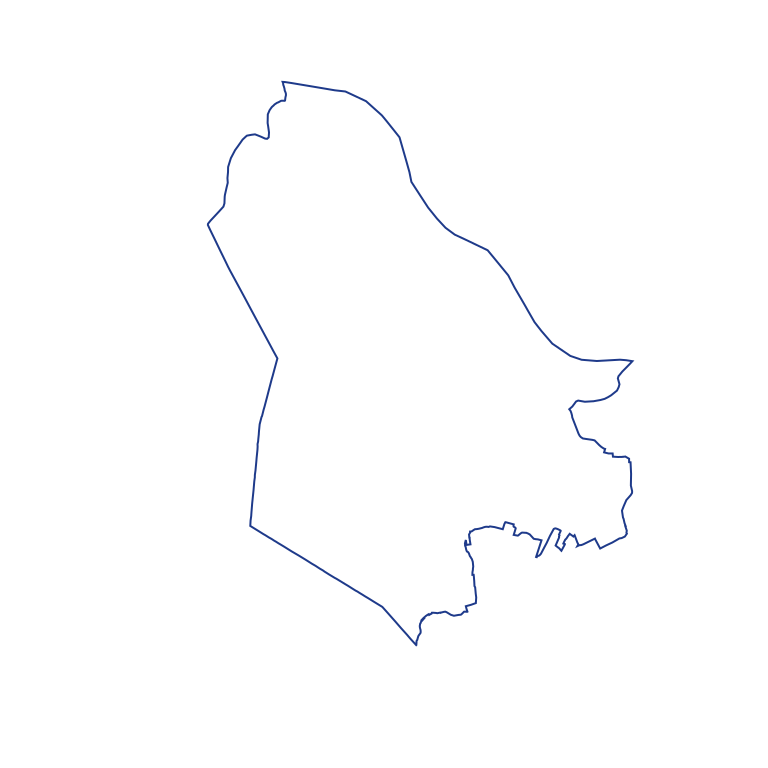 the district of Ostrov, Constanta, Romania, rotated 43°
{"feature_id": "2599482B6584350262118", "entity_name": "Ostrov", "entity_type": "district", "adm_level": 2, "iso_a3": "ROU", "parent_name": "Romania", "parent_adm1": "Constanta", "projection": "orthographic", "projection_center": [27.443, 44.076], "detail": "fine", "context": "isolated", "style": "outline", "palette": "blue", "viewbox_px": 768, "rotation_deg": 43, "n_neighbors": 0, "source": "geoboundaries", "source_scale": "gbopen_adm2", "svg_char_len": 5997}
<svg xmlns="http://www.w3.org/2000/svg" viewBox="0 0 768 768"><g transform="rotate(43 384 384)"><path d="M110.9,227.1L105.5,230.8L103.8,232.2L105.2,232.9L106.3,233.9L107.7,234.6L109.7,235.8L111.3,237.1L112.9,237.8L114.0,238.4L114.8,239.1L115.5,239.9L116.3,241.4L118.1,243.9L118.3,244.2L118.2,244.6L115.8,246.8L115.6,247.1L114.6,250.1L114.0,251.3L113.3,254.2L113.3,255.7L113.1,257.4L113.1,258.3L113.6,261.8L115.1,266.0L120.9,272.5L123.6,274.6L128.4,278.5L131.5,282.3L131.3,284.4L129.7,285.6L125.5,287.0L122.6,288.1L119.4,289.4L117.3,291.9L114.4,295.8L114.2,297.2L113.9,301.7L115.0,309.6L115.6,314.5L118.0,323.3L122.0,331.6L125.4,335.4L129.1,340.2L132.5,343.4L134.5,347.0L138.7,354.2L139.7,355.6L144.1,360.7L145.6,363.8L145.6,364.1L145.7,371.1L145.7,375.6L145.7,382.6L145.8,384.3L146.0,386.8L146.7,387.8L151.9,389.9L161.3,393.5L167.7,396.0L173.9,398.4L176.0,399.2L178.1,400.0L184.1,402.3L190.0,404.6L194.5,406.2L213.9,412.7L226.0,416.8L235.9,420.2L245.9,423.6L253.3,426.1L263.6,429.6L272.2,432.5L280.7,435.4L288.6,438.0L290.7,442.0L294.6,449.4L297.1,454.1L298.6,457.1L304.0,467.1L307.1,472.8L312.1,482.1L313.5,484.9L316.7,490.7L316.9,491.6L320.5,498.2L324.7,503.7L326.4,505.8L326.6,506.0L329.4,509.7L331.2,512.0L332.5,514.2L334.3,516.0L336.3,518.4L338.8,521.7L341.3,525.0L343.2,527.4L349.0,534.9L351.6,538.6L353.3,540.5L355.4,543.5L360.9,550.5L369.0,561.2L374.7,568.4L376.9,571.1L379.5,574.8L383.0,579.0L393.1,577.0L398.3,576.0L400.4,575.5L404.6,574.7L407.0,574.1L408.5,573.8L410.4,573.5L412.5,573.0L415.3,572.5L418.0,571.9L421.8,571.1L430.6,569.4L438.6,567.6L445.9,566.1L448.5,565.6L453.9,564.6L457.8,563.7L463.0,562.8L466.0,562.1L467.1,561.9L468.3,561.8L470.3,561.4L471.9,561.1L473.5,560.8L480.2,559.4L482.0,558.9L485.4,558.2L491.8,556.9L495.5,556.1L498.7,555.5L501.4,555.0L504.0,554.5L506.2,553.9L508.5,553.5L511.8,552.8L515.0,552.2L518.2,551.5L521.2,550.9L525.3,550.1L534.6,548.2L535.3,548.2L544.0,549.0L546.0,549.2L552.3,549.8L554.4,550.0L562.8,550.9L572.0,551.7L574.5,552.0L577.1,552.3L585.6,553.0L585.6,552.7L585.3,552.5L584.5,551.4L583.7,550.5L583.1,549.8L582.9,549.2L582.9,548.6L582.5,547.8L582.0,546.9L581.2,545.3L580.9,544.5L580.7,542.7L580.5,541.2L580.2,540.7L579.4,539.8L578.4,538.9L577.5,538.4L576.2,537.5L575.2,536.6L574.5,535.5L573.9,534.6L573.8,533.7L573.6,533.5L573.3,532.8L573.2,529.2L572.5,530.0L572.5,528.5L572.5,527.9L572.7,526.7L572.8,525.2L573.3,523.0L573.7,521.8L574.5,522.1L574.6,521.7L575.4,519.4L575.0,518.7L575.9,517.8L578.4,515.8L579.2,515.4L580.7,513.3L581.3,512.5L581.5,512.6L581.8,512.0L583.2,509.8L584.1,508.7L585.4,508.2L590.3,507.2L593.2,505.8L595.3,503.0L595.8,502.3L597.3,500.6L597.7,499.9L597.7,499.5L597.8,497.4L597.8,496.0L598.4,495.3L600.2,493.9L600.3,493.6L597.7,492.2L595.4,490.7L598.2,486.2L600.6,481.6L597.0,477.2L594.1,474.8L589.3,470.5L588.0,470.1L584.5,466.7L581.0,463.5L579.7,462.4L578.8,463.3L577.4,461.7L576.9,461.1L575.9,459.5L574.9,458.3L574.0,457.0L573.7,456.6L571.1,454.3L570.2,453.5L568.0,452.3L567.3,452.0L566.2,451.8L565.5,451.5L564.6,451.4L564.0,451.2L562.1,450.2L561.1,449.8L560.3,449.6L559.7,449.7L559.2,449.9L558.9,449.9L558.5,449.8L557.9,449.5L556.8,448.9L555.0,447.6L554.3,447.2L553.8,447.1L553.5,446.9L553.1,446.4L551.9,445.4L551.2,444.1L550.6,443.0L550.9,442.8L554.1,445.4L556.6,442.3L553.1,439.6L551.9,438.5L551.5,438.0L551.3,437.9L551.1,438.1L548.8,436.0L548.5,434.7L548.3,434.0L547.9,433.5L547.6,433.2L548.1,432.7L548.6,432.1L549.2,429.4L549.6,428.1L550.5,427.2L552.0,425.3L553.9,422.4L554.6,420.9L555.5,419.4L556.6,418.2L558.0,417.2L558.6,415.9L562.5,413.2L569.9,409.2L567.5,404.2L567.0,402.3L567.2,402.1L574.6,398.2L575.4,399.4L575.6,399.6L575.9,399.8L576.2,399.9L576.6,399.8L577.4,399.6L578.0,399.5L578.4,399.6L578.7,399.7L579.0,400.2L581.8,405.9L585.2,403.7L585.4,403.4L585.5,403.0L585.6,401.6L585.9,399.7L586.2,398.7L586.8,398.1L589.7,395.7L590.1,395.6L591.0,395.2L592.5,394.8L593.1,394.6L598.2,395.0L599.0,395.1L600.8,394.0L602.5,392.7L605.8,390.9L609.2,398.2L613.2,406.8L613.8,406.5L613.5,405.5L614.5,403.6L614.6,402.7L614.6,401.6L614.5,400.9L612.8,394.7L611.4,389.4L609.0,382.0L607.0,374.3L607.3,373.5L607.7,372.8L608.3,372.4L609.8,371.7L612.4,370.9L613.0,370.8L613.4,370.9L614.7,374.8L615.4,374.9L615.6,375.0L615.8,375.6L616.0,376.2L616.7,376.8L618.8,382.6L619.7,385.1L622.5,384.9L623.7,384.7L624.8,384.7L626.8,385.0L627.5,385.0L625.7,378.1L625.6,377.9L625.4,377.7L625.0,377.9L624.8,378.1L624.0,378.4L623.4,376.7L622.8,374.6L622.7,374.2L622.8,373.0L622.7,372.0L622.3,370.0L622.1,367.9L622.0,366.9L623.9,366.7L625.9,366.4L626.4,366.4L626.5,366.4L626.5,364.6L627.4,365.0L633.6,368.1L634.9,368.5L635.5,368.8L636.0,370.7L636.6,369.2L637.1,368.3L638.1,367.3L639.1,365.3L643.7,353.2L644.6,353.6L654.3,356.9L655.0,354.9L656.6,350.4L659.1,344.2L661.5,336.4L662.9,334.6L664.2,331.3L663.7,327.8L662.8,327.5L661.6,325.7L657.4,323.4L657.6,323.1L654.8,321.7L651.0,319.1L649.9,318.7L644.4,314.3L642.6,309.8L640.4,303.6L640.2,296.9L639.7,294.5L638.5,293.1L633.8,289.9L626.0,281.2L617.7,273.1L616.6,274.0L614.2,271.5L609.9,272.5L609.5,273.1L608.5,274.1L608.5,274.3L604.9,277.8L601.0,281.0L598.6,278.9L595.7,281.6L591.6,283.9L590.0,280.7L588.8,281.3L585.9,281.8L583.1,281.9L576.5,281.6L574.4,282.8L569.4,286.3L566.6,288.2L564.1,288.6L562.3,288.4L560.0,287.6L554.7,285.0L544.4,280.0L543.0,278.8L540.7,277.4L538.9,276.5L536.7,276.1L537.1,272.0L536.4,265.8L537.3,263.7L543.0,260.0L549.0,253.7L553.2,248.1L555.5,244.4L556.8,240.9L557.8,237.4L558.9,229.9L557.8,226.3L556.4,223.6L551.2,220.4L550.2,218.4L549.8,212.3L550.1,201.8L550.1,197.9L544.8,201.5L540.0,205.3L524.0,222.0L512.0,231.5L501.1,236.4L479.6,239.7L463.2,237.9L456.2,236.8L451.9,236.1L439.2,232.2L433.2,230.3L413.7,224.4L400.8,219.8L380.0,217.0L368.6,215.5L344.3,223.1L333.9,226.5L322.4,227.8L310.0,226.9L296.0,224.9L281.0,221.2L266.2,217.5L258.1,211.7L248.9,206.1L227.1,193.0L223.8,192.5L206.9,190.0L199.3,189.0L178.0,189.4L166.2,193.2L156.3,196.4L155.6,196.9L147.8,202.7L139.9,207.9L128.4,215.5L110.9,227.1L110.9,227.1Z" fill="none" stroke="#1e3a8a" stroke-width="2"/></g></svg>